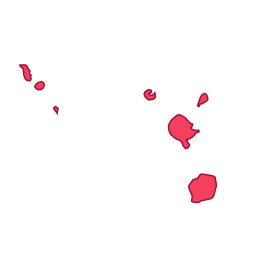 the border of Torba, rotated 343°
{"feature_id": "VUT-560", "entity_name": "Torba", "entity_type": "Province", "adm_level": 1, "iso_a3": "VUT", "parent_name": "Vanuatu", "parent_adm1": "", "projection": "mercator", "projection_center": [167.217, -13.692], "detail": "fine", "context": "isolated", "style": "filled", "palette": "rose", "viewbox_px": 256, "rotation_deg": 343, "n_neighbors": 0, "source": "natural_earth", "source_scale": "10m", "svg_char_len": 1928}
<svg xmlns="http://www.w3.org/2000/svg" viewBox="0 0 256 256"><g transform="rotate(343 128 128)"><path d="M184.3,193.5L185.8,193.9L194.5,198.2L195.8,199.2L196.9,200.6L195.9,208.3L195.5,209.6L194.7,210.5L191.0,216.7L189.0,218.8L187.5,219.7L185.9,219.8L176.4,219.0L174.4,219.7L172.4,219.6L170.6,218.8L169.2,218.0L168.2,217.6L167.5,216.8L168.1,215.0L169.6,212.2L168.7,204.1L169.1,201.5L170.0,200.2L171.4,199.4L174.8,196.6L175.8,196.4L177.1,196.6L179.5,196.5L180.7,195.9L182.9,194.0L184.3,193.5ZM175.5,161.0L175.4,158.0L174.9,156.1L173.4,154.5L170.7,152.4L167.3,147.3L166.5,144.3L166.7,140.3L167.8,137.2L169.7,134.8L172.3,132.9L178.5,130.2L180.6,130.2L182.7,131.5L185.2,134.3L189.3,142.1L191.0,143.3L189.3,145.7L188.2,146.3L189.1,148.4L190.3,149.2L191.6,149.6L193.0,150.4L193.7,150.8L194.4,150.6L194.8,150.7L195.0,151.9L194.6,152.5L193.7,152.4L192.7,152.3L191.9,152.4L189.6,154.1L187.0,155.4L184.0,156.1L180.4,156.4L180.8,156.8L181.3,157.1L181.3,157.5L180.4,158.4L182.0,161.8L180.1,164.4L177.1,164.7L175.5,161.0ZM50.8,49.3L49.9,49.7L49.8,50.3L49.8,51.1L49.8,52.3L49.5,52.9L49.2,53.4L48.6,53.8L47.8,54.2L45.5,53.0L44.3,51.5L43.9,49.4L44.0,46.3L44.8,42.3L44.9,40.7L44.6,39.6L43.8,38.9L43.2,37.9L43.0,36.2L47.8,37.5L48.8,38.2L49.6,39.7L50.1,43.0L50.8,44.3L50.8,45.2L50.1,46.0L49.8,46.9L50.0,47.9L50.8,49.3ZM157.9,101.3L159.0,103.2L160.5,103.8L162.1,103.5L163.9,102.3L163.5,106.1L161.8,107.6L159.2,107.6L156.0,107.3L154.5,105.1L153.4,102.8L153.3,100.4L155.0,98.3L158.7,97.3L161.1,98.7L161.1,100.6L157.9,101.3ZM211.0,117.3L212.3,118.2L213.0,120.2L213.0,122.6L212.5,124.3L211.2,125.0L208.9,125.8L206.0,126.4L203.6,126.3L202.6,127.9L201.4,128.0L201.2,126.7L206.4,119.7L208.4,118.0L211.0,117.3ZM50.8,61.2L53.0,59.2L55.9,58.2L58.8,58.4L60.6,60.3L60.4,62.9L58.6,64.9L56.1,65.9L53.7,65.3L52.6,64.5L51.8,63.6L51.3,62.5L50.8,61.2ZM64.6,93.2L62.6,87.4L64.8,86.2L66.9,88.6L64.6,93.2Z" fill="#f43f5e" stroke="#9f1239" stroke-width="1.5"/></g></svg>